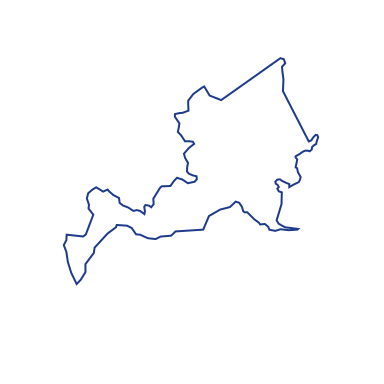 Bambari, Ouaka, Central African Republic (orthographic projection), rotated 150°
{"feature_id": "33826404B32260495393800", "entity_name": "Bambari", "entity_type": "district", "adm_level": 2, "iso_a3": "CAF", "parent_name": "Central African Republic", "parent_adm1": "Ouaka", "projection": "orthographic", "projection_center": [21.01, 5.752], "detail": "fine", "context": "isolated", "style": "outline", "palette": "blue", "viewbox_px": 384, "rotation_deg": 150, "n_neighbors": 0, "source": "geoboundaries", "source_scale": "gbopen_adm2", "svg_char_len": 2126}
<svg xmlns="http://www.w3.org/2000/svg" viewBox="0 0 384 384"><g transform="rotate(150 192 192)"><path d="M337.9,170.0L332.3,171.6L324.3,175.9L320.4,182.8L307.5,188.3L304.2,192.5L286.1,198.2L275.4,199.5L273.7,201.1L265.1,195.3L262.2,191.0L261.6,183.3L258.2,180.9L253.4,174.1L247.0,169.4L241.5,169.1L231.9,164.6L226.0,166.1L201.1,153.8L189.3,162.7L176.4,162.7L166.7,160.0L159.0,161.8L156.5,159.1L156.2,154.2L157.2,149.8L156.7,148.2L154.3,146.8L153.5,143.9L151.7,137.2L149.4,132.0L149.2,129.8L144.9,127.9L143.4,123.8L143.8,120.6L139.3,116.7L134.0,115.5L127.4,110.6L119.5,106.7L118.5,106.9L128.9,114.8L130.9,117.9L132.8,121.2L132.9,125.2L129.7,128.1L120.5,136.8L114.4,146.8L116.5,149.2L116.4,152.3L114.3,152.9L114.3,155.3L115.3,157.4L114.7,159.2L112.1,160.1L109.5,159.0L108.6,156.8L106.0,153.0L103.8,150.2L105.3,147.6L100.6,147.6L94.7,147.2L92.5,148.5L90.4,150.7L90.4,156.1L89.1,160.0L89.9,161.6L84.6,167.5L85.0,170.2L84.4,171.1L79.9,171.1L75.4,171.5L73.1,171.1L71.1,169.9L69.7,168.4L67.1,168.9L65.5,170.9L63.0,171.5L60.4,171.5L58.8,173.4L55.3,176.4L55.1,178.6L56.3,179.6L59.7,178.7L62.8,177.1L65.6,177.4L62.8,233.9L56.5,243.8L53.3,251.5L51.5,255.4L46.9,256.9L46.1,261.2L48.6,263.7L120.8,257.0L128.5,266.7L128.7,277.3L131.6,277.3L141.9,276.2L149.6,273.0L151.4,269.9L154.4,264.2L160.7,265.3L163.6,266.7L167.8,268.0L169.2,265.8L168.6,257.7L171.0,254.7L174.2,251.1L173.1,246.5L172.7,239.4L168.7,237.1L166.1,235.1L166.1,232.6L172.7,231.7L179.8,229.2L180.9,225.2L180.9,219.1L183.4,216.4L186.1,212.3L185.5,209.3L182.9,205.9L180.2,203.3L181.6,200.5L184.8,199.6L191.2,201.7L194.1,207.6L197.9,211.8L201.8,210.7L207.7,208.0L215.5,212.1L218.0,211.4L228.9,205.5L231.3,200.6L235.0,199.2L235.9,201.5L238.8,204.0L240.7,203.1L242.5,198.7L244.3,196.7L246.4,201.5L248.8,203.9L252.2,204.9L255.0,210.5L258.6,214.9L260.1,218.8L258.2,223.3L261.6,228.6L263.5,234.0L263.9,236.3L268.8,236.8L270.7,240.5L272.7,244.0L277.5,243.8L282.6,242.8L286.3,238.9L287.6,232.5L289.9,229.3L288.8,221.7L305.2,208.3L308.5,207.9L321.9,217.7L324.9,213.1L329.6,210.1L330.7,203.1L334.5,193.5L337.0,182.4L337.9,170.0Z" fill="none" stroke="#1e3a8a" stroke-width="2"/></g></svg>